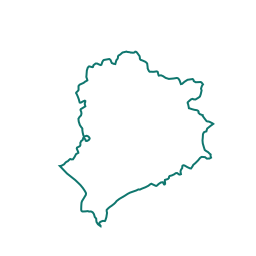 an SVG outline of Belarus, rotated 324°
{"feature_id": "BLR", "entity_name": "Belarus", "entity_type": "country or territory", "adm_level": 0, "iso_a3": "BLR", "parent_name": "Europe", "parent_adm1": "", "projection": "orthographic", "projection_center": [28.129, 53.705], "detail": "fine", "context": "isolated", "style": "outline", "palette": "teal", "viewbox_px": 256, "rotation_deg": 324, "n_neighbors": 0, "source": "natural_earth", "source_scale": "50m", "svg_char_len": 3819}
<svg xmlns="http://www.w3.org/2000/svg" viewBox="0 0 256 256"><g transform="rotate(324 128 128)"><path d="M199.4,174.8L195.9,174.8L191.7,175.0L189.4,176.8L188.5,176.4L186.8,176.1L185.0,177.1L182.6,180.0L181.0,181.8L179.5,184.3L179.0,185.6L178.1,188.1L177.2,190.9L177.8,192.8L178.6,194.6L178.9,196.5L179.3,198.0L178.3,199.2L177.8,200.8L176.0,200.6L173.8,199.1L173.2,196.9L171.5,195.4L170.4,194.6L168.6,194.6L165.7,195.4L161.9,196.0L159.1,196.2L157.5,197.0L155.2,197.8L154.3,196.9L153.0,194.5L151.9,192.0L151.2,190.9L150.6,190.6L149.8,190.6L148.9,191.5L148.3,192.3L147.3,192.6L145.9,193.2L144.8,194.2L143.7,196.5L142.9,196.3L142.1,195.8L141.2,193.2L140.0,192.6L138.0,192.6L135.5,192.1L133.5,191.3L132.7,191.5L131.5,192.6L130.2,192.7L127.4,191.7L126.8,192.2L126.1,193.6L125.2,195.0L124.4,195.2L124.0,194.8L124.3,192.3L122.6,191.4L119.8,191.3L117.9,191.6L116.9,191.5L116.4,191.0L114.1,186.8L112.9,186.6L110.6,186.7L107.3,186.2L103.5,185.2L101.4,184.8L100.3,183.8L98.0,183.4L91.7,181.5L89.1,181.1L85.3,180.9L79.5,180.3L75.8,180.4L74.1,180.9L72.1,181.2L68.7,181.3L67.4,181.2L65.2,181.3L62.7,181.7L62.0,182.5L61.1,184.4L58.0,187.5L55.2,189.5L54.6,189.7L53.1,188.4L51.8,188.0L50.2,187.7L49.1,188.0L48.3,188.5L48.3,191.1L48.1,191.3L47.1,188.2L47.3,185.5L48.1,184.0L49.0,182.6L48.8,180.5L49.8,177.7L49.9,175.7L49.6,174.8L49.0,173.8L47.3,172.6L46.6,171.6L44.3,170.3L42.0,168.7L41.7,167.8L41.8,167.2L42.3,166.3L44.3,163.7L46.4,161.2L47.7,160.2L54.6,157.3L55.7,156.1L56.0,154.2L56.1,152.7L56.2,150.1L56.0,146.4L55.6,143.9L54.7,139.0L51.9,129.0L50.5,118.7L51.8,119.4L54.9,119.8L57.3,119.2L58.6,119.2L59.7,119.5L61.4,119.2L63.0,119.1L63.7,120.1L65.1,121.0L68.0,119.9L70.6,118.6L73.2,118.9L73.6,118.2L74.4,114.6L75.2,113.9L78.3,114.4L79.5,113.8L80.7,112.0L82.6,111.0L84.1,111.1L85.8,109.9L86.5,110.8L86.8,112.3L86.3,113.4L86.5,113.9L87.5,114.5L89.4,114.6L90.7,114.1L91.0,113.5L91.0,112.2L90.7,111.1L90.0,110.0L88.5,109.5L87.5,109.4L87.3,108.8L87.7,107.4L88.7,105.0L89.9,102.7L90.6,101.9L90.8,101.1L90.7,99.8L90.8,97.3L91.9,93.9L93.3,91.4L95.2,90.6L97.4,90.2L98.8,89.0L99.6,87.6L99.9,86.4L100.2,85.4L100.9,85.0L106.2,85.4L107.1,83.2L107.6,82.6L108.6,81.9L109.3,81.1L109.1,80.5L107.7,80.1L104.6,79.7L103.9,79.0L104.2,78.1L105.1,75.8L105.9,72.9L106.4,70.6L106.5,69.3L106.9,68.9L109.5,68.5L110.4,68.1L112.6,65.0L114.3,64.5L118.6,65.4L120.6,65.3L121.2,65.4L123.1,65.6L123.3,65.3L124.3,62.2L125.1,61.3L128.5,57.3L130.8,55.6L132.3,55.2L132.8,55.3L135.0,57.9L135.6,58.0L136.8,57.0L137.1,56.9L139.7,56.8L140.9,57.7L141.9,59.5L142.7,60.9L143.6,61.2L146.2,59.4L147.6,58.8L148.5,58.8L151.8,60.4L153.4,61.2L153.7,62.0L153.8,63.0L153.4,64.3L153.1,65.9L154.1,67.6L155.3,68.8L157.8,66.8L158.7,66.2L159.7,66.1L161.0,65.4L162.0,64.2L162.9,63.8L164.7,64.0L167.9,63.7L171.7,65.3L172.0,65.9L174.0,67.8L174.7,68.8L175.3,69.1L176.3,70.1L177.7,70.7L178.6,70.5L179.1,70.8L179.5,71.5L179.6,72.9L179.6,76.7L179.0,77.9L178.4,78.8L178.2,79.5L178.3,80.3L179.4,81.9L180.9,84.5L181.3,85.9L181.4,87.1L179.6,90.4L179.0,91.2L178.6,92.9L178.4,94.5L178.6,95.2L181.9,97.7L184.4,99.0L184.9,99.7L185.0,100.1L183.8,103.0L183.7,103.7L185.7,104.8L186.8,106.6L187.9,109.6L189.9,112.3L193.9,114.7L196.9,116.2L197.5,116.9L197.8,117.8L197.7,119.8L197.0,122.2L196.6,123.6L197.8,124.1L200.8,123.8L204.5,124.0L209.1,126.4L209.2,127.6L208.8,128.7L209.2,129.8L209.7,130.8L213.8,133.5L214.2,134.3L214.3,135.8L214.3,136.8L213.2,137.1L212.1,137.7L210.2,139.1L209.6,140.9L206.6,143.5L204.7,144.8L203.1,144.9L199.4,144.6L198.0,143.5L197.4,142.4L196.0,141.9L194.1,142.0L191.5,142.3L191.0,142.7L190.6,144.1L189.6,146.4L188.9,147.8L189.6,148.6L190.7,150.2L192.4,152.3L194.2,154.1L194.8,155.3L194.8,156.1L194.0,157.1L194.3,159.1L196.0,161.6L195.5,162.0L195.5,165.2L195.6,168.6L196.1,169.4L197.0,170.1L197.8,171.3L199.2,174.1L199.4,174.8Z" fill="none" stroke="#0f766e" stroke-width="2"/></g></svg>